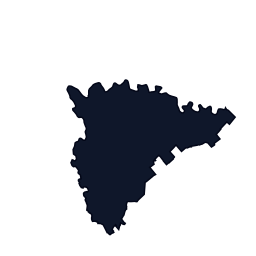 outline of Mesuji, Lampung, Indonesia, rotated 319°
{"feature_id": "22746128B5734020897269", "entity_name": "Mesuji", "entity_type": "district", "adm_level": 2, "iso_a3": "IDN", "parent_name": "Indonesia", "parent_adm1": "Lampung", "projection": "robinson", "projection_center": [105.324, -3.974], "detail": "fine", "context": "isolated", "style": "filled", "palette": "ink", "viewbox_px": 256, "rotation_deg": 319, "n_neighbors": 0, "source": "geoboundaries", "source_scale": "gbopen_adm2", "svg_char_len": 5750}
<svg xmlns="http://www.w3.org/2000/svg" viewBox="0 0 256 256"><g transform="rotate(319 128 128)"><path d="M214.8,176.8L214.1,177.3L213.3,177.5L212.0,176.7L211.5,175.7L210.2,174.2L209.0,173.3L208.5,173.3L206.7,174.2L206.1,174.7L205.1,175.3L203.7,175.7L202.2,174.8L201.6,174.0L201.0,171.9L201.0,171.4L201.2,170.8L201.5,170.0L203.3,168.4L203.9,167.5L204.2,167.0L204.4,166.2L204.4,165.9L203.8,165.3L201.7,164.8L199.9,164.9L199.1,164.7L198.5,163.9L198.2,163.2L197.8,162.7L197.7,162.4L197.6,161.5L197.8,159.1L197.7,157.8L197.1,157.5L196.6,157.4L196.0,157.6L195.5,158.3L195.2,159.7L194.6,160.9L193.8,161.6L192.5,162.3L191.4,161.9L190.3,161.0L190.0,160.3L189.5,159.7L189.0,158.3L188.5,156.1L188.8,154.1L192.1,152.7L192.8,151.7L192.9,150.9L192.4,149.8L191.8,149.0L191.0,149.0L189.7,149.2L187.8,150.1L186.8,150.0L184.5,148.0L183.7,147.5L183.1,147.6L182.4,148.3L182.3,149.6L182.3,151.3L181.9,152.2L181.3,152.6L180.7,152.8L179.5,152.8L178.5,151.8L178.2,151.0L178.2,150.4L178.0,150.0L177.9,149.5L178.0,148.9L179.1,146.3L180.0,143.2L180.6,142.2L181.6,141.2L184.0,138.3L184.4,137.0L183.5,135.3L181.9,132.9L180.5,130.5L180.1,129.2L179.9,128.1L179.8,126.8L179.0,126.0L176.7,124.9L176.2,124.8L175.1,123.9L174.8,123.1L174.3,122.3L174.3,121.5L174.5,120.9L179.7,119.9L179.8,119.3L179.6,118.6L179.3,118.0L176.7,114.8L175.8,114.9L173.5,118.2L171.9,117.9L170.7,117.2L169.4,116.2L167.6,115.3L167.5,115.1L167.4,114.6L168.5,112.3L169.6,109.8L170.2,107.7L169.9,107.1L167.0,105.7L166.1,105.1L165.7,104.6L165.0,103.3L163.9,102.0L162.1,103.5L161.4,105.3L160.2,106.6L159.1,106.3L158.9,106.1L158.5,105.9L158.2,105.6L157.7,105.1L155.8,101.7L155.3,100.9L155.1,100.4L155.0,99.4L155.1,98.9L156.4,96.8L158.2,93.5L158.5,92.6L158.6,92.0L158.4,91.2L157.9,90.4L157.4,90.1L157.2,90.1L156.6,90.2L155.2,90.8L155.3,90.7L153.3,90.9L152.5,90.8L151.2,90.9L150.6,90.8L150.0,90.5L149.2,90.0L148.7,89.1L148.4,88.3L148.0,86.3L147.8,85.8L147.6,85.5L147.0,85.2L146.0,85.4L143.5,86.9L141.8,87.0L139.1,86.7L138.0,86.9L136.2,86.9L135.7,86.6L135.1,86.4L134.7,86.0L134.5,85.6L134.5,84.6L135.1,83.1L135.4,81.8L135.6,79.0L135.8,77.6L136.2,76.6L136.1,75.4L135.7,74.8L135.2,74.4L132.3,73.1L130.2,72.6L128.0,73.0L124.6,73.2L123.1,73.9L121.6,75.5L120.7,76.6L120.0,77.3L119.3,77.5L119.2,78.0L118.6,78.5L117.5,78.5L116.8,78.2L116.4,78.0L115.8,77.0L115.0,74.2L114.9,72.3L115.3,66.6L114.9,64.9L114.4,63.9L112.7,59.5L112.2,58.8L111.2,57.8L110.8,57.6L110.5,57.5L109.5,57.8L108.2,58.4L107.3,59.0L106.9,59.8L106.1,63.3L105.3,65.6L105.1,66.0L104.4,66.9L104.2,67.5L104.1,68.5L104.4,69.7L104.4,72.1L104.2,73.4L103.3,76.6L102.8,77.3L101.5,78.0L101.1,77.9L99.3,77.2L99.1,77.5L98.8,77.4L98.3,78.1L98.1,78.5L98.1,79.3L98.2,80.6L98.1,83.4L97.9,84.7L97.6,85.5L97.6,86.7L97.7,87.3L98.0,87.9L99.6,89.0L99.9,89.3L100.2,89.8L100.4,90.5L100.3,91.9L100.1,92.9L98.5,95.2L97.2,98.6L96.7,100.4L96.1,101.2L95.5,101.8L93.6,102.6L93.3,102.9L92.8,103.6L92.2,105.0L90.7,107.6L88.2,108.9L87.6,109.0L87.4,108.9L86.3,108.0L85.8,105.3L85.3,104.5L84.7,104.2L83.8,104.3L82.7,105.1L81.9,105.4L81.6,105.4L80.1,104.8L78.6,104.5L77.9,104.9L76.6,106.1L75.5,106.9L72.4,108.3L72.2,108.6L69.8,111.9L70.0,113.1L70.3,113.8L70.4,114.6L70.4,114.9L69.2,117.0L68.6,117.8L66.5,118.1L65.8,117.4L65.6,116.3L65.4,116.1L65.2,116.0L65.0,115.4L62.2,116.8L61.2,119.6L61.4,121.2L61.6,121.6L63.1,122.3L63.1,122.8L63.3,123.7L63.0,127.6L61.1,128.9L60.9,129.1L60.9,130.6L61.3,131.8L60.5,133.5L59.2,135.5L57.6,134.6L56.5,134.7L55.9,135.4L55.7,137.4L54.8,137.6L54.0,139.8L54.0,140.3L53.9,140.5L53.8,141.9L53.8,142.1L53.7,142.3L54.7,143.8L54.8,143.8L54.9,143.4L55.5,143.2L56.1,143.4L56.5,143.9L56.9,144.2L57.1,144.5L57.7,145.1L57.6,145.3L58.1,146.4L57.4,149.0L56.4,149.7L55.9,149.5L55.6,149.4L55.3,149.6L54.8,148.7L54.6,148.8L53.2,148.0L52.1,148.0L51.7,148.1L51.6,148.3L51.3,148.5L50.6,149.5L50.2,150.3L50.3,153.4L49.0,153.8L48.3,154.7L48.1,155.3L48.1,155.5L48.3,155.4L48.4,155.8L48.1,156.1L48.1,156.5L47.8,156.5L47.7,157.2L47.3,157.6L47.2,158.8L46.8,159.0L47.0,159.4L43.0,163.0L43.1,163.6L43.5,164.3L43.5,164.5L43.0,165.5L43.2,165.8L43.5,166.1L43.6,166.8L43.3,167.0L43.7,167.4L43.6,167.7L43.8,168.2L43.9,168.9L43.8,169.1L43.9,169.3L43.6,169.6L43.4,170.2L43.2,170.7L43.1,171.0L42.8,171.0L42.1,171.5L41.7,171.9L41.8,172.0L41.6,172.3L41.4,172.3L40.8,172.9L40.8,173.2L40.5,173.5L40.3,174.0L40.1,174.5L40.0,175.2L41.3,176.1L43.1,177.9L42.7,178.1L43.5,179.7L42.7,180.3L44.7,182.2L45.8,184.7L45.2,187.3L43.6,193.4L44.1,193.8L44.2,196.3L44.7,196.8L47.1,196.8L47.6,197.3L48.9,197.4L48.9,195.8L49.4,195.9L49.4,194.3L51.4,193.3L53.1,193.0L55.2,192.8L55.1,193.9L54.4,193.9L54.4,198.5L57.9,196.1L58.2,196.3L60.1,194.8L61.1,197.2L61.6,198.0L62.2,198.5L63.4,198.1L63.0,196.9L63.4,192.1L64.3,192.1L66.5,191.3L67.8,191.0L70.7,189.0L72.4,188.2L73.9,188.2L74.1,187.5L75.3,186.6L76.2,184.9L77.3,184.2L77.7,183.7L78.0,183.7L78.4,183.3L79.8,183.4L81.9,185.4L84.8,187.6L86.1,189.2L86.6,189.5L87.6,189.2L89.1,189.0L96.7,188.7L104.3,181.2L105.2,180.2L106.7,180.5L116.3,180.7L118.3,181.2L118.6,171.9L119.5,172.1L123.9,172.4L124.1,171.7L125.2,170.1L125.6,169.6L126.0,169.5L126.3,169.8L126.8,170.5L127.2,170.6L127.6,170.6L127.6,169.1L129.4,169.1L130.7,168.9L133.4,168.9L133.6,171.1L133.4,173.5L133.4,175.0L133.1,175.9L133.0,180.9L136.2,180.9L136.2,181.2L141.8,181.1L142.0,180.7L142.9,180.5L143.9,180.4L144.1,180.2L144.0,173.3L149.5,172.8L153.1,172.3L153.0,180.8L158.6,180.8L159.8,182.0L162.2,182.7L163.0,183.4L163.0,182.8L168.3,186.0L168.3,185.8L170.2,186.9L170.7,187.6L172.3,188.2L173.5,188.8L176.5,189.3L177.2,189.7L178.5,191.5L178.5,197.1L181.3,197.5L182.3,197.5L183.1,196.1L190.2,196.6L190.3,192.5L190.5,191.5L190.5,190.6L194.0,190.3L197.4,189.7L197.4,189.2L206.6,188.3L207.0,191.7L216.0,190.1L215.3,180.7L215.0,179.8L214.5,178.9L214.8,176.8Z" fill="#0f172a" stroke="#020617" stroke-width="1.5"/></g></svg>